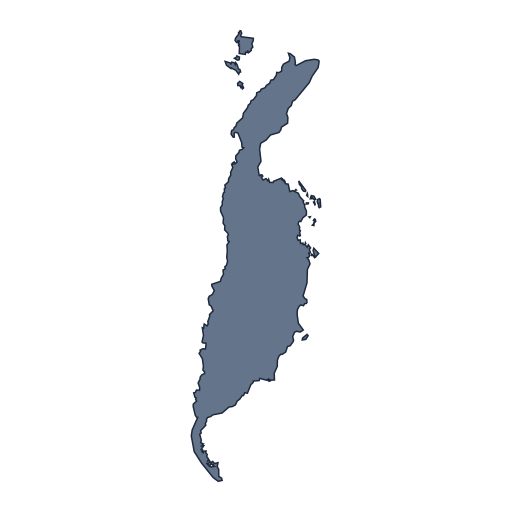 Halmahera Utara, Maluku Utara, Indonesia
{"feature_id": "22746128B41252486574655", "entity_name": "Halmahera Utara", "entity_type": "district", "adm_level": 2, "iso_a3": "IDN", "parent_name": "Indonesia", "parent_adm1": "Maluku Utara", "projection": "robinson", "projection_center": [127.874, 1.56], "detail": "fine", "context": "isolated", "style": "filled", "palette": "slate", "viewbox_px": 512, "rotation_deg": 0, "n_neighbors": 0, "source": "geoboundaries", "source_scale": "gbopen_adm2", "svg_char_len": 6038}
<svg xmlns="http://www.w3.org/2000/svg" viewBox="0 0 512 512"><path d="M222.2,480.4L221.5,478.0L218.8,476.5L218.7,469.4L217.2,466.6L218.0,462.7L214.5,463.5L212.7,461.4L211.4,462.3L210.7,464.2L213.3,464.5L213.0,465.6L214.4,466.3L211.3,467.0L209.3,464.9L209.2,466.1L206.9,463.6L209.6,462.8L210.1,461.6L209.3,460.3L207.7,461.0L208.5,459.0L206.7,456.5L207.2,454.6L205.7,452.6L206.1,451.0L203.5,451.1L203.3,452.6L201.9,451.8L202.5,449.9L201.1,449.6L203.8,445.7L201.6,445.8L203.4,443.9L200.7,442.7L201.3,440.3L199.7,434.3L201.2,433.0L200.6,430.7L205.8,425.2L205.3,423.5L206.6,421.1L206.5,419.1L207.8,417.4L210.8,416.5L212.6,414.9L222.1,413.0L229.0,407.0L232.2,406.6L235.4,404.9L237.3,400.9L239.6,399.3L242.3,395.5L243.5,395.5L244.7,392.7L247.4,393.2L250.8,384.7L253.1,382.5L253.4,381.0L259.1,380.6L259.8,378.4L266.6,380.2L268.3,379.0L270.5,380.1L274.5,380.0L274.2,373.3L277.3,366.4L277.4,360.2L278.8,356.4L280.8,354.2L282.1,354.4L285.7,352.0L287.5,346.5L290.2,345.7L293.1,341.7L293.6,340.4L292.7,336.6L294.6,332.2L296.4,331.3L300.3,332.0L303.3,330.0L298.4,323.3L297.1,314.4L297.4,309.7L299.2,306.2L300.8,305.0L303.5,305.7L304.6,303.7L306.4,303.4L307.0,302.3L306.7,299.4L305.0,298.8L303.1,295.9L307.0,282.8L307.4,269.4L310.0,263.9L308.6,259.4L307.0,257.8L308.8,257.1L309.8,255.3L308.6,253.3L310.4,252.7L309.3,249.2L310.6,247.9L308.3,244.8L307.3,247.3L305.2,244.8L303.1,244.6L303.0,243.1L300.6,243.5L300.2,239.8L298.2,240.4L297.0,237.4L297.8,235.2L299.7,236.1L300.4,235.5L299.6,232.5L300.4,230.7L299.5,230.0L299.6,226.8L298.1,224.1L298.7,222.0L299.6,221.1L300.8,221.6L302.8,217.8L306.4,215.0L306.4,211.0L304.6,206.9L304.7,204.8L303.0,202.0L303.7,200.9L299.8,196.6L298.3,193.2L292.7,190.6L289.8,191.6L288.2,184.1L285.7,183.8L283.9,181.3L285.3,182.6L284.8,181.1L284.0,180.0L283.1,180.6L282.5,178.9L281.7,179.5L281.4,178.1L273.5,181.3L273.1,182.5L269.7,182.4L268.6,179.2L267.9,180.8L266.1,178.6L263.0,180.0L261.5,177.4L262.8,176.1L262.0,174.9L261.0,174.7L260.3,175.8L259.2,175.4L257.8,167.0L261.0,161.3L259.6,149.1L260.7,143.3L266.2,140.0L270.4,135.0L278.9,132.5L280.7,130.1L281.5,127.1L287.6,123.2L287.9,117.5L286.5,113.6L288.3,108.3L291.3,105.5L292.5,101.3L295.2,99.7L309.2,82.7L312.2,76.1L318.1,67.6L319.1,61.9L318.8,60.4L317.3,59.8L314.2,59.3L305.6,60.7L296.1,65.6L295.1,64.5L295.4,62.3L294.4,57.0L290.4,53.8L288.4,53.2L289.9,57.6L289.2,61.1L283.5,64.1L281.8,67.2L281.6,71.0L279.1,72.6L276.7,72.4L276.4,75.1L273.4,79.7L270.9,80.1L269.6,83.3L266.3,85.5L265.1,87.7L261.1,89.2L260.1,91.3L256.7,92.8L256.5,95.5L253.3,99.7L251.1,100.7L250.3,103.5L248.3,105.1L247.5,107.7L243.4,113.2L242.7,117.8L236.9,122.9L235.7,126.6L234.3,127.4L233.5,129.6L231.7,130.5L231.4,131.7L231.1,134.2L233.2,137.2L234.3,137.1L234.1,133.2L235.3,132.3L238.0,133.1L241.7,142.7L242.0,147.2L243.7,147.8L242.5,149.2L239.4,150.3L238.9,152.4L235.8,155.8L235.7,159.0L237.1,161.9L235.2,163.7L234.2,161.9L232.5,163.1L233.2,164.2L231.6,164.3L232.8,167.6L230.6,172.4L230.8,175.0L228.7,178.5L228.3,181.9L224.8,185.1L225.5,187.9L224.4,188.5L224.4,192.4L223.5,192.9L222.5,196.5L223.3,198.8L222.2,201.6L222.3,204.8L220.5,207.7L220.6,211.3L223.5,217.5L223.1,223.3L224.9,225.8L224.6,229.8L227.9,233.3L228.4,235.1L227.4,236.3L227.8,240.9L229.2,241.5L226.9,245.0L227.3,250.9L226.7,257.4L227.6,261.2L226.4,265.4L224.8,266.8L225.3,268.8L223.0,270.1L223.5,274.3L221.2,278.2L220.4,281.4L211.7,284.3L211.9,286.2L214.3,290.6L212.3,294.5L209.2,296.3L208.2,298.6L209.2,304.8L210.9,305.8L213.2,310.8L209.5,314.5L209.7,316.3L207.8,321.6L208.2,323.8L207.2,325.9L204.2,324.0L203.6,328.2L202.3,327.7L203.5,335.5L202.0,342.0L203.1,343.0L206.0,343.1L206.0,344.7L205.4,349.0L202.6,348.8L200.1,350.1L200.5,351.5L199.1,353.3L202.4,358.8L203.4,366.1L202.9,370.1L204.5,371.8L204.6,373.5L201.8,374.9L200.3,376.9L199.9,379.5L198.1,383.0L199.7,387.5L199.5,390.3L196.5,390.0L195.3,392.5L193.7,392.8L194.9,397.2L196.2,397.9L195.6,399.4L196.6,401.0L193.3,404.1L193.2,406.6L195.3,415.3L196.7,417.4L197.7,417.4L192.2,429.9L191.3,435.9L194.2,451.6L201.5,463.0L213.1,477.5L218.2,481.3L222.2,480.4ZM240.8,30.8L240.0,30.7L239.2,32.9L238.6,32.6L238.6,34.3L235.7,37.9L235.0,40.3L236.6,42.5L237.3,42.6L238.0,40.8L239.0,40.6L239.3,41.4L238.4,42.8L239.4,44.9L238.5,45.1L239.5,47.2L239.2,53.5L245.3,54.4L245.6,52.2L247.8,52.6L247.5,50.4L248.6,52.7L251.2,50.5L251.3,48.6L252.8,47.2L251.8,43.4L253.1,41.2L253.4,38.3L241.2,36.7L240.6,35.8L241.7,33.3L240.8,30.8ZM230.6,63.0L225.1,61.4L226.5,65.2L231.0,68.6L231.3,68.0L235.8,70.3L238.7,74.2L239.4,72.3L240.6,72.0L240.0,69.6L238.4,68.8L237.0,64.4L235.6,62.6L235.2,64.6L234.1,62.7L231.7,62.1L230.8,64.6L230.6,63.0ZM318.7,253.5L313.8,248.2L313.1,250.3L314.8,256.4L315.9,256.5L318.7,253.5ZM305.7,190.3L298.7,180.9L299.4,184.4L301.4,186.6L301.7,188.8L303.4,191.1L305.5,191.5L305.7,190.3ZM239.7,81.4L237.6,83.3L237.8,85.6L239.8,85.6L241.3,88.4L241.0,86.5L242.0,87.5L242.0,86.9L242.4,88.9L243.6,87.9L242.2,84.8L242.8,83.5L239.7,81.4ZM320.7,206.9L320.2,199.4L319.5,198.6L317.7,199.5L317.2,201.6L318.1,204.0L318.6,203.6L318.6,206.8L319.3,207.7L320.7,206.9ZM307.0,334.4L302.6,338.0L302.2,340.0L305.8,339.4L308.1,335.7L307.0,334.4ZM239.5,57.1L236.9,55.9L236.8,56.9L234.4,58.3L237.5,60.2L239.1,59.8L239.5,57.1ZM311.3,195.6L310.2,198.8L312.0,198.7L310.9,198.1L311.6,197.2L314.4,199.8L315.7,199.4L313.9,196.1L311.3,195.6ZM314.5,218.9L313.4,220.4L314.5,221.4L314.3,222.7L315.7,221.5L315.3,219.4L314.5,218.9ZM308.4,202.9L305.7,202.9L306.8,203.2L306.3,204.0L308.1,203.9L308.4,202.9ZM314.1,223.7L313.7,222.3L313.8,223.7L312.3,225.2L313.9,225.6L314.1,223.7ZM314.4,201.5L313.5,202.1L314.9,204.8L315.2,204.3L314.4,201.5ZM307.7,196.4L307.6,194.5L307.3,193.5L306.6,195.4L307.7,196.4ZM313.2,255.7L312.0,254.2L311.5,254.1L311.6,255.5L313.2,255.7ZM268.3,380.7L268.3,379.2L267.2,379.8L268.3,380.7ZM310.3,216.7L309.0,216.9L309.8,217.7L310.3,216.7ZM269.3,379.9L269.7,381.1L270.6,380.7L270.5,380.1L269.3,379.9ZM305.2,243.4L306.1,244.1L305.4,242.7L305.2,243.4ZM314.5,257.7L315.2,257.3L313.7,256.4L314.5,257.7ZM295.9,189.5L295.1,190.4L296.4,190.0L295.9,189.5Z" fill="#64748b" stroke="#1e293b" stroke-width="1.5"/></svg>